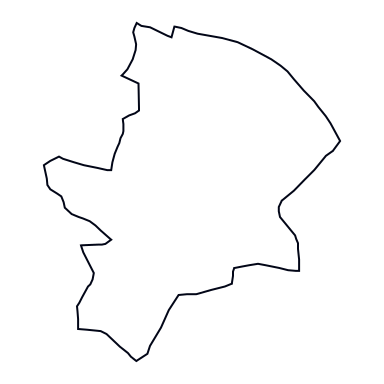 Derbendikhan, As-Sulaymaniyah, Iraq
{"feature_id": "34846034B22464020679662", "entity_name": "Derbendikhan", "entity_type": "district", "adm_level": 2, "iso_a3": "IRQ", "parent_name": "Iraq", "parent_adm1": "As-Sulaymaniyah", "projection": "mercator", "projection_center": [45.71, 35.186], "detail": "fine", "context": "isolated", "style": "outline", "palette": "ink", "viewbox_px": 384, "rotation_deg": 0, "n_neighbors": 0, "source": "geoboundaries", "source_scale": "gbopen_adm2", "svg_char_len": 2030}
<svg xmlns="http://www.w3.org/2000/svg" viewBox="0 0 384 384"><path d="M88.0,286.5L87.2,288.0L82.2,297.1L79.3,302.8L77.0,306.3L77.5,311.3L78.1,319.1L78.1,329.0L86.8,329.7L93.8,330.4L100.7,331.1L106.5,334.0L119.9,346.7L128.0,353.1L130.9,356.7L136.3,361.0L147.4,353.8L150.0,345.9L161.0,327.6L168.8,310.1L178.6,295.0L187.0,294.2L196.2,294.2L197.4,293.9L211.0,290.0L224.9,286.5L231.3,283.9L231.9,283.7L231.9,283.1L233.0,275.9L233.0,271.6L234.0,268.7L234.2,268.0L234.5,268.0L241.7,266.6L249.3,265.2L258.0,263.8L265.5,265.2L279.4,268.0L288.1,270.2L296.2,270.9L298.6,270.9L299.1,270.9L299.1,270.2L299.1,265.2L299.1,259.5L298.0,248.9L298.0,243.2L296.2,239.0L295.1,235.4L290.4,229.7L286.4,224.8L280.0,217.0L278.8,211.3L278.8,207.0L281.6,201.0L281.7,200.6L282.2,200.3L293.9,190.7L304.9,179.4L314.2,170.1L314.8,169.4L325.3,156.6L325.8,155.9L332.7,151.0L332.8,151.0L333.3,150.3L339.7,141.6L340.1,141.0L330.5,123.3L325.8,116.2L318.3,106.9L314.2,101.2L303.8,90.6L293.9,79.2L287.5,71.4L280.6,65.7L271.3,59.3L252.7,49.3L237.7,42.2L222.0,38.0L197.6,33.7L188.3,30.9L181.4,28.0L175.2,26.7L174.4,26.6L171.5,37.3L167.5,35.8L150.1,27.3L141.4,25.9L136.7,23.0L134.4,28.0L133.5,31.2L133.2,32.3L133.5,33.4L134.4,36.6L136.0,43.7L136.1,44.4L136.0,45.9L135.6,50.1L132.7,59.3L127.4,69.3L123.1,74.1L121.6,75.6L123.1,76.3L133.8,81.3L138.5,83.5L139.0,108.3L139.0,110.5L135.0,113.3L129.2,115.4L123.0,118.9L122.8,119.0L123.0,121.1L123.4,124.0L123.4,126.2L123.4,128.8L123.4,131.1L122.8,133.9L120.5,138.2L119.3,143.1L117.6,146.7L114.7,153.8L112.4,162.3L111.2,170.1L107.1,170.1L97.8,168.0L83.9,165.2L74.1,162.3L63.0,158.8L59.0,156.6L50.3,160.9L44.3,164.9L43.9,165.2L44.3,167.1L46.8,178.6L47.4,185.0L50.3,189.3L57.2,193.6L61.3,196.4L63.6,202.1L64.8,207.7L71.7,214.1L78.7,217.0L82.8,218.4L89.7,221.2L95.5,225.5L100.7,230.5L109.8,238.5L111.2,239.7L109.8,240.7L105.4,243.9L101.9,244.6L98.4,244.6L81.7,245.3L81.0,245.4L81.7,247.6L83.3,252.4L90.9,267.3L93.5,272.4L93.8,273.0L93.5,274.7L92.6,279.4L90.3,284.4L88.0,286.5Z" fill="none" stroke="#020617" stroke-width="2"/></svg>